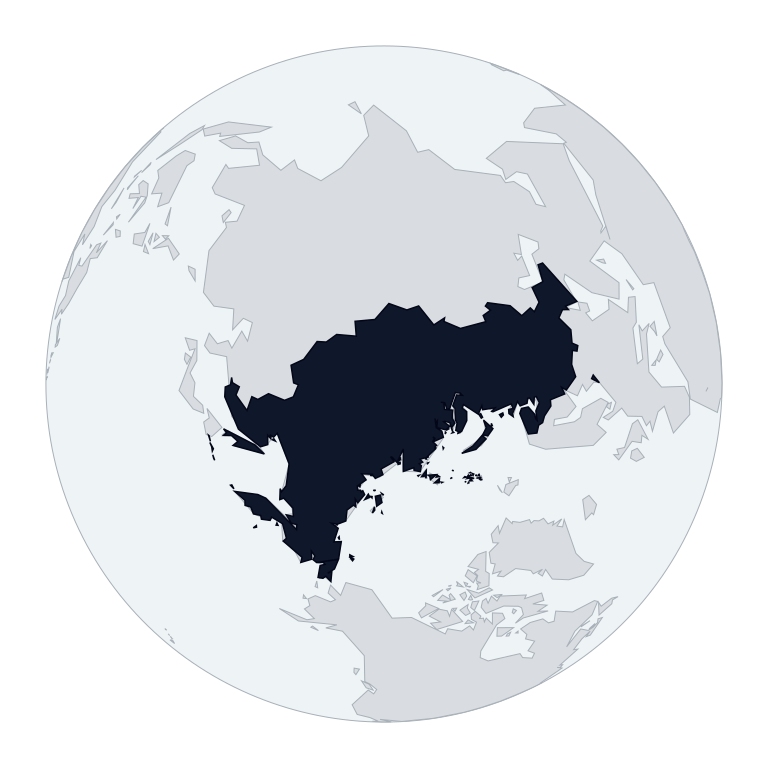 Russia highlighted on a globe, orthographic projection, rotated 153°
{"feature_id": "RUS", "entity_name": "Russia", "entity_type": "country or territory", "adm_level": 0, "iso_a3": "RUS", "parent_name": "Europe", "parent_adm1": "", "projection": "orthographic", "projection_center": [98.07, 61.527], "detail": "fine", "context": "on_globe", "style": "filled", "palette": "ink", "viewbox_px": 768, "rotation_deg": 153, "n_neighbors": 0, "source": "natural_earth", "source_scale": "50m", "svg_char_len": 17982}
<svg xmlns="http://www.w3.org/2000/svg" viewBox="0 0 768 768"><g transform="rotate(153 384 384)"><circle cx="384" cy="384" r="338" fill="#eef3f6" stroke="#a8b0b8"/><path d="M521.4,75.3L539.8,87.0L531.0,79.7L539.5,84.0L547.5,88.8L542.3,86.3L547.9,93.1L557.9,101.7L558.0,112.7L537.0,118.5L533.9,112.6L529.2,115.1L532.7,123.0L536.2,127.6L524.9,150.9L533.2,182.6L546.6,193.1L535.3,190.8L567.8,211.7L579.2,231.5L559.7,208.9L552.6,206.6L557.0,219.7L550.7,220.2L549.3,227.0L541.3,226.6L530.5,214.1L525.2,213.8L528.7,223.1L522.9,229.1L518.6,215.3L508.1,224.4L488.2,206.2L483.1,171.7L465.5,163.5L442.9,133.5L438.4,137.0L426.9,128.5L417.5,129.6L416.0,124.2L409.7,129.8L412.9,134.6L411.2,138.8L405.9,140.0L403.1,133.2L405.3,131.6L401.7,130.2L402.6,126.4L399.2,129.0L396.4,120.9L391.3,130.8L382.5,125.9L382.8,120.1L393.0,118.3L419.0,102.1L422.5,96.5L417.0,90.0L385.2,82.0L384.7,77.3L376.5,72.5L372.1,75.8L376.8,80.9L366.5,86.5L373.6,92.6L370.4,96.0L373.5,103.7L362.0,105.1L349.1,102.6L345.9,96.5L340.1,95.4L334.1,103.7L319.5,95.3L294.9,95.5L292.3,93.3L303.4,83.9L326.1,77.1L340.6,66.9L319.9,76.4L313.9,71.7L308.2,72.3L302.0,74.5L299.9,77.6L295.5,76.8L314.2,66.6L318.5,67.1L312.5,70.2L323.1,67.2L335.7,61.2L331.6,59.8L354.9,53.7L352.3,52.8L355.9,51.3L358.5,53.0L354.3,50.1L381.0,46.5L378.5,46.1L387.7,46.1L393.1,46.3L406.7,47.1L423.0,48.5L422.4,48.3L444.6,51.7L461.8,55.2L492.0,63.8L521.4,75.3ZM690.9,253.2L688.6,251.1L688.4,247.8L690.9,253.2ZM688.2,253.0L688.8,253.0L688.6,253.6L688.2,253.0ZM688.7,255.5L688.4,253.7L689.1,256.1L688.7,255.5ZM689.7,259.4L689.1,257.2L689.3,257.6L689.7,259.4ZM690.2,264.5L690.2,265.6L689.3,263.3L690.2,264.5ZM538.8,129.7L533.5,123.1L532.6,116.1L537.8,121.4L538.8,129.7ZM539.6,144.4L535.3,141.1L541.0,137.8L541.7,140.7L539.6,144.4ZM557.6,200.8L554.4,194.1L559.6,200.5L557.6,200.8ZM550.5,228.0L553.4,229.9L551.4,232.7L550.5,228.0ZM379.7,102.4L376.7,103.0L377.6,101.2L379.7,102.4ZM383.9,105.3L387.1,102.8L389.6,103.9L387.5,105.3L383.9,105.3ZM537.4,234.8L533.3,239.0L535.6,232.5L537.4,234.8ZM379.2,108.1L393.6,106.0L397.9,108.0L393.6,115.4L379.2,108.1ZM529.7,240.0L519.9,250.8L525.5,255.7L504.1,248.6L519.5,241.5L521.5,232.6L524.5,238.8L529.7,240.0ZM416.2,135.6L412.6,130.6L420.5,133.7L416.2,135.6ZM421.7,136.7L448.4,141.3L451.1,149.7L441.6,146.3L449.0,156.6L437.2,158.4L430.5,153.1L431.1,147.2L426.1,152.5L421.7,136.7ZM493.8,243.2L489.9,244.2L492.0,240.8L493.8,243.2ZM411.1,140.7L416.3,140.7L419.0,148.0L409.2,149.3L411.5,146.5L411.1,140.7ZM456.8,158.6L457.0,164.4L447.5,167.4L446.4,170.1L437.2,159.2L456.8,158.6ZM408.2,145.5L404.1,149.8L398.0,147.6L406.3,141.2L408.2,145.5ZM423.9,149.4L424.7,152.9L421.0,151.3L423.9,149.4ZM374.1,142.8L380.2,142.3L382.2,146.0L374.1,142.8ZM403.0,151.6L405.1,152.3L406.6,153.8L402.7,156.2L403.0,151.6ZM431.1,162.2L427.1,162.3L434.4,166.8L427.6,169.4L422.7,161.7L421.9,166.2L419.8,167.0L418.2,159.9L431.1,162.2ZM403.2,163.1L394.6,154.7L382.8,154.6L380.8,151.2L400.1,152.1L403.2,163.1ZM412.1,161.8L406.1,161.8L406.6,157.5L411.0,154.8L412.1,161.8ZM424.7,174.1L436.4,172.0L437.1,173.7L424.7,174.1ZM399.7,163.9L401.8,165.9L398.8,164.4L399.7,163.9ZM416.9,171.8L421.0,170.8L421.6,172.8L416.9,171.8ZM402.7,171.0L400.0,168.2L402.9,166.2L402.7,171.0ZM409.2,172.1L409.1,175.2L405.6,167.2L410.9,171.2L409.2,172.1ZM416.9,173.9L418.6,174.8L415.1,174.1L416.9,173.9ZM393.3,180.4L388.2,170.8L394.6,166.4L398.7,176.2L393.3,180.4ZM82.2,231.9L89.5,218.5L91.1,218.1L99.9,207.3L117.9,231.5L112.2,248.0L115.5,292.2L114.1,299.8L103.4,304.2L97.5,351.8L107.9,354.8L112.9,392.1L122.9,411.6L144.8,400.1L128.6,367.6L136.0,352.9L157.3,371.0L173.0,399.8L176.5,395.1L175.1,369.7L187.5,369.7L175.7,360.5L174.0,369.1L166.5,363.8L167.6,355.7L172.0,355.8L169.7,345.7L149.6,348.4L145.7,357.5L134.4,336.9L126.8,350.3L120.6,347.9L131.1,324.5L136.8,320.9L149.1,287.0L142.1,288.7L130.0,321.1L129.8,314.1L120.3,317.6L127.4,309.4L142.5,274.4L138.1,255.2L117.3,245.5L117.9,233.5L125.4,218.0L148.4,208.9L144.3,237.0L152.4,234.9L166.3,220.0L163.9,230.1L169.1,227.7L168.9,238.0L181.4,244.7L183.1,254.6L200.5,250.1L203.8,254.7L192.5,255.9L185.7,262.4L191.4,287.7L196.2,290.4L207.0,285.6L207.3,293.5L217.0,285.7L226.4,297.7L223.1,276.8L235.8,271.4L248.2,275.1L251.8,269.8L231.5,263.9L224.0,265.0L218.4,271.9L197.3,272.8L192.6,265.8L212.5,251.3L208.0,240.0L225.4,234.3L269.6,252.5L281.7,264.4L275.3,297.2L265.3,297.8L262.6,286.1L253.7,302.7L259.9,298.6L260.1,305.4L272.2,302.6L272.9,307.4L283.3,296.9L285.6,302.4L278.9,309.0L298.8,310.4L306.8,320.8L310.9,318.9L313.1,313.9L321.8,330.9L324.5,328.8L322.7,322.4L326.8,314.1L337.5,306.3L339.9,312.6L336.4,316.3L332.6,333.7L322.8,343.0L324.9,344.8L334.0,338.4L338.6,316.9L344.4,310.5L343.6,320.7L344.3,316.5L348.0,315.3L353.8,320.2L355.3,309.1L391.9,289.5L406.9,297.6L402.1,308.4L430.2,303.0L444.9,313.6L443.2,307.5L455.5,301.5L451.1,298.1L451.2,294.7L480.8,279.1L489.6,280.7L500.4,268.1L499.6,265.1L493.6,263.1L504.1,248.6L525.5,255.7L526.4,262.0L539.2,262.6L539.4,277.3L545.5,290.1L538.3,306.6L543.8,315.7L548.2,314.9L558.9,327.1L565.7,355.8L540.8,335.9L526.7,295.8L530.8,312.2L524.1,309.7L522.0,316.4L525.3,328.2L529.3,328.7L505.0,355.5L501.6,389.4L515.9,382.9L525.9,389.0L534.5,424.4L511.8,479.8L525.0,490.6L526.5,499.7L516.7,508.6L514.2,495.5L503.2,493.5L503.3,485.0L486.7,495.7L486.1,484.1L473.4,498.5L479.5,506.4L494.3,501.0L483.7,519.1L500.2,530.6L503.3,547.6L479.4,582.3L453.3,595.0L451.9,600.1L441.0,595.8L427.2,606.5L448.2,630.0L447.9,636.9L425.2,651.4L424.6,646.7L395.6,635.4L390.7,651.3L412.7,663.1L420.2,675.6L403.6,672.4L395.8,660.8L385.6,656.4L388.0,643.2L378.9,621.2L362.0,624.3L363.0,615.2L347.9,593.7L323.5,596.2L285.0,612.0L280.1,632.6L266.6,637.2L249.1,599.4L248.8,575.2L237.7,572.5L223.6,543.1L185.6,517.0L184.4,508.2L176.4,505.5L167.1,489.3L167.0,475.1L159.5,468.6L160.9,506.0L169.5,513.0L182.6,511.0L180.9,521.6L190.4,538.6L164.7,544.5L115.3,516.7L117.6,498.9L117.3,425.4L121.3,422.1L121.6,421.4L122.1,420.1L114.6,424.0L117.0,410.1L109.4,456.3L105.0,470.8L114.5,516.9L111.8,516.6L117.0,528.7L142.4,548.7L141.0,553.3L124.6,561.3L95.7,550.2L103.7,570.5L108.7,579.9L94.7,558.7L82.4,536.5L71.8,513.4L63.0,489.6L56.0,465.2L50.8,440.4L47.5,415.2L46.1,389.9L46.7,384.3L47.3,372.8L47.3,360.8L48.8,347.1L49.6,338.8L52.8,316.8L60.1,287.7L69.9,259.3L82.2,231.9ZM100.5,231.3L97.4,233.4L97.4,233.5L100.5,231.3ZM182.3,440.6L196.5,456.4L202.8,437.0L208.9,441.6L208.8,433.5L203.2,435.5L205.0,414.5L215.7,417.3L220.5,410.0L215.9,404.4L196.0,402.8L193.3,432.5L184.6,434.2L182.3,440.6ZM312.8,72.3L311.2,73.1L304.7,74.8L307.3,73.0L312.8,72.3ZM278.4,89.8L272.0,88.3L278.4,87.9L280.8,84.8L297.3,80.5L291.9,92.1L291.4,87.4L278.4,89.8ZM317.7,78.7L307.9,79.6L318.8,78.1L317.7,78.7ZM198.0,206.0L193.6,211.9L187.5,211.7L185.4,200.5L194.3,200.5L198.0,206.0ZM189.0,220.3L209.3,209.8L211.4,216.7L206.8,214.5L206.1,220.2L198.5,218.2L180.7,235.8L174.1,236.9L173.8,214.8L177.5,221.2L181.5,214.9L189.0,220.3ZM257.4,174.8L266.2,171.6L259.4,190.8L251.9,191.7L249.3,180.2L256.6,172.4L257.4,174.8ZM368.8,122.1L372.7,120.4L373.5,122.2L370.9,125.0L368.8,122.1ZM376.8,142.3L353.0,131.4L356.2,128.9L338.4,126.2L339.8,118.6L351.3,120.5L339.1,112.9L350.0,111.6L340.8,107.3L366.1,112.3L375.5,111.2L364.5,115.3L363.0,122.2L365.1,124.9L378.1,131.8L397.3,133.3L398.8,140.9L394.8,145.9L390.4,146.6L390.8,141.4L384.6,146.2L381.9,139.3L376.8,142.3ZM346.6,206.0L348.9,198.5L336.0,209.2L333.2,201.4L331.8,203.1L325.7,199.0L315.9,197.1L316.1,193.2L312.3,194.2L308.1,191.7L302.8,191.9L301.4,184.9L294.8,184.7L297.8,181.6L286.9,183.1L294.4,178.9L289.7,175.6L285.0,181.4L289.9,145.9L286.2,135.1L279.0,128.5L292.8,122.9L308.3,125.7L322.6,133.8L324.2,145.4L330.1,141.0L332.6,145.3L326.9,147.0L337.2,147.1L337.8,151.2L350.5,159.8L365.1,158.0L370.1,161.4L364.7,164.1L373.5,165.6L366.6,173.2L370.1,175.8L366.7,186.2L354.2,190.4L359.0,193.1L356.7,201.4L346.6,206.0ZM392.0,183.2L377.7,189.5L369.1,188.4L378.5,170.9L376.3,167.4L382.1,156.6L394.4,158.5L391.6,161.3L391.8,164.6L387.9,162.7L391.2,166.7L387.4,170.8L389.0,175.1L383.9,175.9L392.0,183.2ZM119.0,302.9L119.1,307.9L120.8,314.6L114.8,317.1L119.0,302.9ZM128.8,278.8L129.8,282.3L122.1,288.7L122.0,283.7L128.8,278.8ZM137.0,279.1L130.5,282.0L133.9,277.5L137.0,279.1ZM194.2,259.0L196.1,262.7L193.8,264.6L189.7,264.4L194.2,259.0ZM307.8,237.8L310.5,233.2L312.7,233.8L323.4,227.7L326.3,233.3L321.0,239.1L307.8,237.8ZM138.3,397.8L131.6,395.6L131.8,390.9L134.1,392.6L138.3,397.8ZM119.7,355.0L120.9,367.2L118.1,355.5L119.7,355.0ZM312.9,242.8L316.9,239.6L315.9,244.4L312.9,242.8ZM329.0,237.1L328.9,242.3L327.9,233.3L329.0,237.1ZM123.8,599.7L122.8,598.2L132.2,608.0L135.1,608.7L143.2,619.6L143.5,621.4L123.8,599.7ZM502.9,684.4L512.5,681.8L512.0,682.4L502.9,684.4ZM492.9,685.5L504.0,682.4L490.8,687.2L492.9,685.5ZM508.3,681.1L519.6,676.2L524.5,673.6L523.5,675.1L508.3,681.1ZM485.3,687.5L443.3,695.4L426.6,695.8L430.7,693.2L457.8,690.1L485.3,687.5ZM429.3,693.2L403.6,688.1L367.7,664.0L380.6,665.1L418.0,679.2L415.6,681.7L431.2,686.3L429.3,693.2ZM491.1,669.8L488.6,677.0L465.6,681.5L455.1,682.3L447.8,674.5L451.9,669.2L460.5,668.0L493.5,643.3L505.2,644.7L495.2,654.9L504.7,658.9L491.1,669.8ZM281.5,635.0L289.0,648.9L281.7,648.7L281.5,635.0ZM506.4,626.0L493.4,638.3L505.1,623.3L506.4,626.0ZM513.0,612.3L514.1,616.8L508.5,613.8L513.0,612.3ZM452.0,607.4L442.9,609.7L442.4,606.1L453.9,600.8L452.0,607.4ZM505.5,561.6L506.3,573.5L504.8,577.9L500.2,572.0L505.5,561.6ZM343.9,288.8L325.8,290.8L314.7,296.6L311.5,306.5L308.2,293.8L325.3,284.8L343.9,288.8ZM385.7,288.6L388.4,280.5L392.4,283.7L392.4,286.0L385.7,288.6ZM383.6,283.9L377.2,274.7L382.1,269.9L386.2,278.1L383.6,283.9ZM344.4,258.0L338.8,258.1L339.7,254.1L344.4,258.0ZM465.7,711.9L463.9,712.2L468.3,711.2L468.3,709.9L507.2,696.1L535.8,678.7L554.8,670.2L570.8,655.9L589.5,644.9L582.4,653.5L600.0,642.8L616.5,622.2L622.7,623.2L624.5,621.4L605.2,639.4L584.6,656.0L562.7,670.8L539.7,683.9L515.8,695.2L491.1,704.5L465.7,711.9ZM681.4,543.8L682.8,541.1L683.1,540.7L681.4,543.8ZM526.6,676.7L540.3,667.4L547.4,663.9L526.6,676.7ZM680.1,545.5L677.0,550.4L677.5,549.2L680.1,545.5ZM680.7,543.5L680.6,543.0L681.9,542.2L680.7,543.5ZM675.1,550.5L678.6,546.5L674.6,551.5L675.1,550.5ZM672.7,554.3L669.9,557.4L670.1,556.8L672.7,554.3ZM636.9,596.8L648.0,590.9L638.2,600.9L627.6,607.4L618.0,619.0L596.8,634.2L602.1,628.2L599.6,626.2L576.9,638.5L572.3,638.1L580.7,631.5L565.3,637.3L582.2,626.7L588.8,629.1L598.3,618.3L613.9,608.6L628.6,598.8L639.8,592.6L636.9,596.8ZM581.7,640.0L584.6,638.3L581.9,641.5L581.7,640.0ZM664.5,562.0L668.6,559.0L668.0,560.3L665.9,562.6L664.5,562.0ZM642.5,589.1L654.8,572.1L657.5,569.1L649.3,582.8L642.5,589.1ZM652.1,571.9L657.5,566.7L660.2,566.2L659.0,568.2L652.1,571.9ZM547.2,652.4L546.5,654.4L542.0,655.0L547.2,652.4ZM553.1,648.8L566.5,644.1L551.8,650.8L553.1,648.8ZM511.2,658.5L515.3,661.6L528.2,654.3L518.3,661.7L526.9,665.2L523.8,668.7L515.4,664.7L512.0,673.0L506.2,674.6L503.3,669.4L509.3,659.5L515.0,654.0L538.3,644.2L511.2,658.5ZM553.1,643.7L549.5,640.1L552.1,635.3L556.1,636.4L553.1,643.7ZM538.4,631.0L528.3,627.6L519.6,633.4L537.0,616.7L543.8,622.9L538.4,631.0ZM529.3,618.1L521.1,623.6L529.3,614.5L529.3,618.1ZM518.8,621.8L517.5,616.7L524.2,615.3L518.8,621.8ZM533.6,616.8L534.6,607.0L538.2,611.2L533.6,616.8ZM513.7,605.1L528.6,609.6L509.9,611.7L507.4,592.8L515.3,590.0L513.7,605.1ZM546.9,501.8L544.0,495.7L550.6,491.0L550.7,496.5L546.9,501.8ZM569.6,471.3L551.4,487.8L536.4,501.2L541.9,502.3L540.1,515.4L530.9,507.6L540.1,489.9L551.8,481.9L551.9,470.9L559.4,459.5L555.2,447.4L557.9,439.7L565.4,448.4L569.6,471.3ZM552.8,442.6L548.1,418.9L561.3,415.4L565.4,419.8L561.9,432.0L555.1,433.1L552.8,442.6ZM550.8,412.3L544.2,413.2L523.3,383.4L522.2,376.3L545.1,396.5L540.1,398.6L542.9,406.7L550.8,412.3ZM492.0,247.2L490.1,244.4L493.9,245.5L492.0,247.2ZM448.5,293.0L449.3,288.7L453.7,289.9L448.5,293.0ZM453.8,277.4L448.3,279.1L453.2,274.7L453.8,277.4ZM436.1,283.4L445.6,278.5L438.0,287.0L436.1,283.4Z" fill="#d9dde1" stroke="#a8b0b8" stroke-width="1"/><path d="M521.1,453.0L516.8,459.0L518.4,454.0L514.2,447.2L520.9,441.4L518.1,422.6L507.5,432.7L503.4,427.5L491.3,427.8L480.0,414.6L470.6,413.7L460.6,422.2L464.0,426.0L458.3,442.9L444.4,442.4L424.3,452.2L416.4,447.6L403.7,449.6L387.0,439.2L381.3,453.0L362.8,445.6L343.1,453.5L330.0,439.6L317.7,437.8L312.8,414.0L300.0,415.4L302.2,412.5L290.7,398.8L265.0,393.3L264.5,400.0L255.6,401.4L258.3,407.4L254.8,409.4L236.1,396.5L230.2,382.3L219.1,385.4L217.3,380.1L208.7,386.5L208.2,402.7L196.0,403.1L192.6,420.3L187.8,419.8L174.6,370.1L187.0,371.0L185.9,366.6L191.2,369.2L198.2,363.5L192.9,347.5L197.9,335.1L193.9,330.2L197.1,325.7L200.9,328.4L207.9,316.3L209.9,303.5L224.2,295.9L227.3,300.5L227.5,293.1L242.9,294.4L245.3,288.6L255.5,282.7L260.2,277.6L264.9,277.1L270.0,270.9L278.1,273.9L276.4,296.1L272.6,299.8L266.0,298.1L263.6,288.8L264.6,284.2L264.0,282.1L260.9,291.1L254.1,296.8L254.0,303.7L256.1,304.0L259.7,297.9L260.6,305.5L262.4,306.0L265.3,301.9L272.6,302.7L272.9,307.9L282.9,299.3L283.7,296.3L286.1,300.9L284.5,304.7L280.1,303.6L279.7,308.6L299.5,309.8L300.5,310.7L295.8,312.4L307.8,316.3L306.7,320.2L313.7,314.3L322.5,329.6L325.3,327.0L322.9,321.8L326.9,313.8L336.5,306.4L339.6,308.1L341.1,310.1L336.6,316.0L336.8,319.3L331.8,329.9L332.6,333.3L324.3,341.2L319.3,338.3L320.3,341.3L324.3,344.0L336.5,332.4L339.4,332.7L338.4,339.8L341.7,342.0L339.2,340.2L341.6,333.9L334.6,329.5L338.8,322.5L338.6,317.0L343.4,314.4L344.5,310.7L342.8,319.7L346.7,323.1L348.0,323.4L344.6,316.4L349.7,315.1L356.6,321.0L353.2,326.9L355.3,325.7L354.2,330.2L357.3,321.4L353.9,315.7L355.3,309.6L365.8,310.1L363.5,312.3L363.4,313.0L364.6,314.5L363.7,312.6L366.8,310.7L365.0,305.5L366.7,305.4L367.9,303.9L367.4,302.9L378.4,299.6L377.2,298.7L386.1,300.7L385.0,296.8L388.9,296.9L387.8,294.3L391.4,289.4L396.4,293.4L395.4,295.9L406.4,297.3L396.3,317.4L405.0,310.5L403.0,310.5L403.6,309.1L408.2,308.7L409.9,314.8L410.5,315.7L411.1,315.6L410.3,310.2L425.2,309.6L426.1,303.7L434.6,303.8L435.2,307.3L437.8,308.8L434.5,308.4L444.6,314.1L443.5,306.7L454.0,305.3L455.7,301.4L453.1,300.0L453.3,298.0L451.4,298.5L451.5,294.2L461.3,290.1L461.8,294.5L464.9,287.4L466.2,289.9L474.2,288.5L480.2,279.3L488.8,280.2L494.0,283.8L490.3,276.2L500.4,266.1L493.6,263.0L504.0,248.6L525.0,255.5L526.9,259.6L523.7,262.2L524.5,268.1L528.0,260.7L539.1,262.8L535.7,266.8L545.1,289.8L541.0,290.8L537.8,305.6L544.5,316.4L547.4,314.2L554.6,319.2L553.5,322.9L559.3,327.5L558.6,334.9L562.9,338.9L560.7,343.5L565.8,356.1L546.6,342.8L541.2,336.0L528.0,294.0L525.5,298.3L529.8,302.1L530.4,311.7L524.9,307.1L521.5,314.7L525.1,327.7L529.3,328.3L524.0,337.9L524.2,334.5L517.3,337.8L504.8,356.0L501.5,388.6L506.4,386.8L508.9,390.9L508.6,388.3L509.7,386.8L510.9,391.2L515.1,382.8L522.5,384.1L534.2,409.9L531.7,444.9L526.8,453.4L521.1,453.0ZM504.3,248.3L512.1,241.7L520.1,241.0L515.4,240.9L521.0,232.1L523.1,239.0L526.6,238.6L530.6,241.6L523.3,251.3L518.4,250.0L519.2,252.8L525.0,255.5L504.3,248.3ZM346.2,286.9L332.8,288.5L319.8,293.7L318.0,288.7L331.8,284.0L346.2,286.9ZM522.4,376.0L546.4,397.8L540.2,399.2L543.3,407.3L550.4,411.1L546.5,412.0L547.3,416.9L526.6,388.2L522.4,376.0ZM315.1,290.7L319.1,293.9L312.8,298.5L311.7,306.5L307.2,294.8L315.1,290.7ZM437.7,286.7L439.6,279.3L446.0,278.4L442.7,287.9L437.7,286.7ZM378.6,279.5L386.0,277.7L385.1,280.9L386.1,282.7L378.6,279.5ZM379.7,271.0L383.8,273.0L377.5,274.6L379.7,271.0ZM389.3,280.9L389.0,283.3L392.5,284.4L385.5,287.9L389.3,280.9ZM448.2,278.9L449.5,275.8L452.9,274.3L448.2,278.9ZM191.5,287.4L196.6,294.5L193.5,297.0L191.5,287.4ZM342.0,257.2L344.4,258.2L339.5,256.4L342.0,257.2ZM448.1,289.6L453.4,289.8L448.0,292.9L448.1,289.6ZM493.0,245.3L490.4,241.7L492.3,240.8L493.0,245.3ZM295.0,304.3L291.3,304.3L291.7,302.2L294.6,301.1L295.0,304.3ZM346.5,259.1L348.9,259.6L349.0,261.2L346.5,259.1ZM352.4,263.3L350.1,264.6L349.3,263.0L350.6,262.1L352.4,263.3ZM354.0,264.8L352.7,263.5L355.3,264.3L354.0,264.8ZM313.2,313.4L311.3,313.7L311.3,309.6L312.8,309.4L313.2,313.4ZM379.6,277.3L377.8,278.4L376.8,276.6L379.6,277.3ZM349.4,257.8L351.9,258.9L350.1,259.6L349.4,257.8ZM493.0,245.3L492.0,247.3L490.0,244.4L493.0,245.3ZM341.6,254.8L342.3,256.5L339.9,254.1L341.6,254.8ZM340.4,306.8L337.6,306.1L340.6,306.5L340.4,306.8ZM408.0,305.9L407.5,307.8L405.2,306.8L405.8,305.5L408.0,305.9ZM494.3,265.5L494.5,267.8L493.3,268.3L494.3,265.5ZM347.7,263.6L347.2,262.2L348.5,264.0L347.7,263.6ZM350.5,260.0L350.0,261.7L349.5,260.0L350.5,260.0ZM567.4,402.2L566.0,406.3L565.7,411.0L565.4,403.8L567.4,402.2ZM346.0,262.2L345.7,263.9L344.9,263.0L346.0,262.2ZM349.7,314.5L347.3,315.0L346.9,314.6L349.7,314.5ZM544.2,307.2L542.5,308.8L542.6,306.2L544.2,307.2ZM446.4,288.0L447.0,290.0L445.7,289.1L446.4,288.0ZM506.7,382.5L508.7,384.9L507.0,385.2L506.7,382.5ZM565.3,358.7L566.7,363.5L565.4,363.2L565.3,358.7ZM344.2,261.2L342.9,260.8L343.0,260.2L344.2,261.2ZM352.2,311.6L351.1,313.3L350.8,312.7L352.2,311.6ZM435.8,286.1L435.8,287.6L434.5,285.3L435.8,286.1ZM563.3,417.3L564.7,411.7L563.6,418.0L563.3,417.3ZM377.7,269.9L377.7,270.7L376.6,269.9L377.7,269.9ZM307.4,297.9L306.2,300.2L306.4,297.7L307.4,297.9ZM352.7,262.0L351.8,262.2L351.4,261.6L352.7,262.0ZM367.9,269.5L366.5,269.8L366.4,269.6L367.9,269.5ZM562.6,314.3L565.8,315.2L562.0,315.8L562.6,314.3ZM490.4,280.3L489.9,280.6L489.2,279.2L490.4,280.3ZM569.5,395.1L568.7,398.7L569.5,392.9L569.5,395.1ZM353.7,257.8L352.6,257.3L354.0,257.5L353.7,257.8ZM341.4,260.1L340.3,260.4L340.3,259.9L341.4,260.1ZM356.4,260.2L355.6,260.0L355.3,259.4L356.4,260.2ZM347.7,265.9L347.0,265.9L346.9,265.4L347.7,265.9ZM380.2,297.8L381.5,298.8L380.1,298.2L380.2,297.8ZM361.2,275.0L362.3,275.9L362.5,276.3L361.2,275.0ZM382.0,292.9L381.1,293.9L380.3,293.7L382.0,292.9ZM345.4,309.5L344.2,310.0L343.9,309.2L345.4,309.5ZM321.3,339.8L320.2,340.7L320.1,339.1L321.3,339.8ZM441.0,293.3L441.8,294.2L439.6,293.1L441.0,293.3ZM360.6,299.4L360.1,300.9L359.7,300.0L360.6,299.4ZM452.2,303.3L452.7,304.2L451.4,304.3L452.2,303.3ZM366.0,304.2L367.2,303.9L367.3,304.2L366.0,304.2ZM395.3,286.3L395.4,287.0L394.1,286.7L395.3,286.3ZM341.3,259.4L340.6,259.6L340.7,258.9L341.3,259.4ZM444.7,270.3L444.1,271.0L444.3,269.6L444.7,270.3Z" fill="#0f172a" stroke="#020617" stroke-width="1.5"/></g></svg>